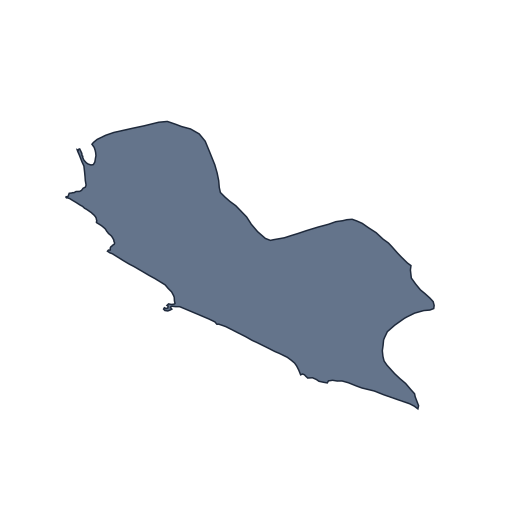 outline of Harper, Maryland, Liberia, rotated 20°
{"feature_id": "62588387B65193305891299", "entity_name": "Harper", "entity_type": "district", "adm_level": 2, "iso_a3": "LBR", "parent_name": "Liberia", "parent_adm1": "Maryland", "projection": "orthographic", "projection_center": [-7.714, 4.427], "detail": "fine", "context": "isolated", "style": "filled", "palette": "slate", "viewbox_px": 512, "rotation_deg": 20, "n_neighbors": 0, "source": "geoboundaries", "source_scale": "gbopen_adm2", "svg_char_len": 3540}
<svg xmlns="http://www.w3.org/2000/svg" viewBox="0 0 512 512"><g transform="rotate(20 256 256)"><path d="M52.7,216.5L52.8,217.4L51.6,217.3L52.8,218.8L55.4,221.5L57.5,223.9L60.4,227.2L63.5,230.3L66.3,235.9L68.2,239.9L69.8,243.5L72.1,247.5L72.1,249.7L70.4,251.4L69.6,254.0L68.2,255.6L64.9,256.9L64.1,257.7L63.8,258.3L63.0,258.9L62.2,259.1L61.3,259.8L60.9,260.0L60.4,260.3L59.8,260.5L59.0,261.0L59.0,262.4L59.0,263.3L59.0,264.2L58.6,264.6L58.2,264.9L57.3,265.2L57.4,265.9L58.1,266.2L58.8,265.9L59.4,265.8L60.4,265.8L61.7,265.8L63.1,266.2L68.5,267.2L73.3,268.3L76.1,268.7L78.6,269.8L80.8,270.1L85.4,271.3L86.7,271.6L87.5,272.1L89.3,272.7L91.5,273.9L92.8,275.0L93.7,276.5L94.4,277.4L94.4,278.2L94.4,278.8L94.9,279.2L96.4,279.5L99.4,280.1L101.2,280.6L103.4,281.4L105.1,282.1L105.9,282.7L107.4,283.9L108.7,284.6L109.6,285.3L111.7,286.0L113.4,286.7L115.1,288.0L116.9,289.6L117.4,290.7L118.7,292.1L118.7,293.6L117.4,295.1L117.1,296.3L116.6,296.7L116.3,297.7L116.5,298.9L116.9,299.7L116.9,300.4L116.1,300.6L115.3,300.9L114.8,302.3L117.6,303.0L120.2,303.0L123.5,303.7L132.9,305.7L138.7,306.8L139.8,307.0L144.7,307.6L152.4,309.0L162.1,310.8L166.1,311.4L168.8,311.8L180.5,314.2L184.5,316.5L189.0,318.6L192.2,321.5L193.3,322.8L194.7,326.1L196.1,328.2L196.0,328.7L195.1,329.5L193.0,330.5L190.2,330.9L189.2,332.9L190.6,333.2L190.9,335.1L189.4,336.1L187.6,335.9L187.3,337.5L189.0,338.4L191.9,337.8L193.8,336.2L195.1,334.7L193.3,333.7L193.3,332.7L194.4,331.9L197.8,331.1L200.5,330.1L201.8,329.7L203.6,329.8L208.0,330.0L213.8,330.3L217.7,330.5L233.3,331.3L236.3,331.6L240.0,332.0L242.0,333.2L242.6,333.5L244.3,332.8L247.9,332.7L251.9,332.7L257.7,333.4L265.0,334.3L273.6,335.3L281.2,336.6L283.5,336.8L285.4,336.9L294.6,337.9L306.3,339.3L308.0,339.4L310.8,339.5L320.1,340.5L324.8,341.9L328.9,343.4L331.9,345.5L335.3,348.7L338.6,352.4L340.0,351.0L342.1,351.0L344.0,352.0L345.7,352.7L346.3,353.0L350.7,351.1L355.0,351.4L358.0,352.2L363.0,351.5L366.4,350.9L366.8,348.5L368.1,347.9L370.4,346.6L375.1,345.7L379.6,344.0L386.2,343.5L394.9,343.8L398.3,343.8L400.7,343.8L413.3,342.4L423.3,342.7L439.5,342.5L451.0,342.3L456.2,343.0L460.4,344.3L460.0,341.1L453.7,333.8L452.1,331.2L447.2,328.6L440.2,324.6L433.4,322.1L426.4,319.1L416.4,313.8L412.3,310.9L411.0,309.0L409.6,306.9L407.1,301.8L406.0,296.6L404.6,291.2L404.7,288.5L405.3,282.2L410.0,273.6L416.7,263.9L418.5,261.8L424.5,255.5L432.3,249.9L437.9,247.3L441.0,244.6L440.3,241.5L438.1,238.3L433.9,236.1L427.5,233.5L422.1,231.6L415.5,227.7L412.0,225.3L409.5,223.6L405.9,216.4L404.9,212.0L400.7,210.8L393.0,207.3L387.9,204.8L381.5,201.3L380.0,200.5L376.0,198.5L369.6,196.7L360.9,193.0L351.7,190.9L344.7,189.0L338.8,188.6L333.8,188.6L329.0,190.8L325.2,193.3L320.8,195.6L319.2,196.5L313.4,201.3L309.0,204.4L304.4,207.6L294.6,215.0L287.6,220.6L282.3,224.6L276.4,229.2L271.4,232.1L266.7,234.8L264.2,236.4L259.7,236.3L258.8,236.3L249.2,232.6L240.4,227.6L239.6,226.9L233.8,222.5L227.4,219.4L219.9,215.7L212.7,213.6L208.9,212.1L206.8,211.3L200.8,208.5L198.0,204.1L195.2,198.0L191.1,191.3L186.1,184.4L180.7,178.4L176.4,173.6L169.0,165.5L160.9,160.7L151.0,159.0L141.8,159.8L141.3,159.8L135.8,159.7L129.8,159.8L126.6,159.9L118.8,163.6L106.1,172.1L96.3,178.2L80.2,188.5L73.4,194.0L66.9,200.7L65.1,203.7L64.4,204.9L63.6,207.1L66.8,209.3L68.7,211.7L69.9,213.6L71.3,216.5L71.7,219.1L71.9,220.0L72.4,222.8L72.0,225.2L71.8,225.8L69.8,226.9L66.8,227.0L64.7,226.5L61.5,224.8L60.6,223.9L59.4,222.6L59.1,221.5L58.2,221.2L57.2,219.1L56.7,218.6L55.7,217.6L53.7,215.7L52.7,216.5Z" fill="#64748b" stroke="#1e293b" stroke-width="1.5"/></g></svg>